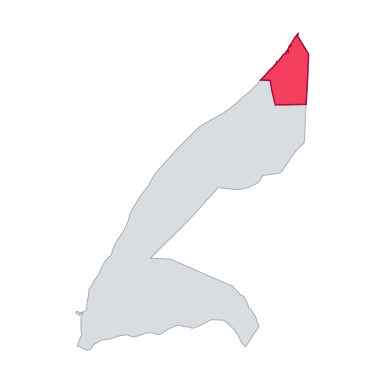 Somalia, with Jubbada Hoose highlighted, rotated 183°
{"feature_id": "SOM-2645", "entity_name": "Jubbada Hoose", "entity_type": "Region", "adm_level": 1, "iso_a3": "SOM", "parent_name": "Somalia", "parent_adm1": "", "projection": "robinson", "projection_center": [41.866, -0.188], "detail": "fine", "context": "in_parent", "style": "filled", "palette": "rose", "viewbox_px": 384, "rotation_deg": 183, "n_neighbors": 0, "source": "natural_earth", "source_scale": "10m", "svg_char_len": 4091}
<svg xmlns="http://www.w3.org/2000/svg" viewBox="0 0 384 384"><g transform="rotate(183 192 192)"><path d="M94.6,353.5L94.2,352.5L92.2,349.6L88.5,344.1L85.7,339.9L82.8,335.7L82.8,332.3L82.7,322.3L82.6,302.1L82.6,282.0L82.5,261.8L82.5,251.8L82.5,247.7L82.8,247.0L86.1,243.3L90.4,238.4L96.2,229.1L99.3,224.1L101.9,219.9L102.5,218.6L104.8,216.0L109.1,214.5L111.8,214.3L121.0,212.4L122.4,211.6L123.2,210.7L123.9,208.7L125.7,205.9L128.0,203.9L132.4,201.4L136.7,199.2L137.7,198.9L142.9,197.6L144.1,197.1L146.2,196.6L147.1,196.6L154.3,197.1L159.9,197.4L165.7,197.8L166.3,197.5L170.3,192.5L176.8,184.6L180.9,179.5L187.2,171.6L192.1,165.9L197.5,159.7L202.7,153.9L209.0,147.0L212.9,142.7L219.1,135.9L224.9,129.5L230.1,123.8L222.9,123.8L215.9,123.8L209.0,123.8L207.8,123.1L202.0,120.9L194.7,118.1L185.6,114.7L179.1,112.2L172.2,109.6L165.2,107.0L159.7,105.0L152.8,102.4L146.8,100.2L146.0,99.6L142.7,96.2L138.4,91.8L137.5,91.7L135.5,90.8L133.6,88.4L131.7,85.3L129.9,81.4L129.1,78.8L126.8,77.7L125.6,75.7L123.5,72.6L122.0,71.1L121.5,69.8L120.8,67.1L119.5,64.2L118.4,62.4L118.1,61.6L118.2,61.1L120.3,57.1L121.3,55.7L122.4,54.4L123.3,53.0L123.7,52.1L126.3,47.4L128.6,43.3L130.4,40.1L134.5,43.8L138.5,51.2L143.2,57.2L149.6,62.8L152.2,64.7L154.4,65.7L166.1,65.5L174.4,60.4L181.9,56.7L184.4,56.0L188.8,57.0L193.6,57.3L197.9,58.4L200.1,58.1L208.7,53.8L214.1,49.7L217.7,47.9L219.2,47.9L224.2,49.4L230.6,48.7L239.4,45.1L242.2,44.4L244.3,44.3L249.2,46.0L249.9,45.9L252.5,45.6L259.3,43.9L264.6,41.3L274.4,39.4L281.9,34.7L283.1,32.4L285.4,29.5L288.6,28.5L297.0,31.9L298.4,32.2L297.9,34.3L297.6,36.3L296.0,40.0L294.9,44.0L295.8,50.2L296.2,60.3L296.0,61.7L295.5,63.1L295.3,64.3L294.4,64.7L294.0,65.3L294.7,65.6L297.3,64.5L297.2,63.3L297.4,62.7L299.5,64.0L301.1,64.6L301.5,65.9L301.4,66.7L299.0,66.3L297.7,65.7L294.1,66.7L291.9,67.9L291.2,69.9L290.8,77.8L289.9,82.9L289.8,89.6L286.9,94.1L285.9,97.2L281.6,103.5L279.3,108.9L278.6,111.6L274.8,119.0L269.5,124.6L267.6,131.9L265.8,136.4L263.7,140.5L259.0,147.9L256.6,153.0L253.7,161.8L252.8,167.4L244.4,183.6L235.7,196.6L230.3,207.5L220.5,220.1L207.2,236.4L189.8,255.8L185.0,259.7L165.9,271.7L153.5,281.7L147.2,288.5L140.6,294.4L135.3,300.1L119.4,319.1L117.7,320.9L116.2,322.6L114.1,325.8L112.8,327.1L108.9,332.6L106.6,335.4L103.9,338.2L102.8,340.1L102.0,342.4L101.1,343.7L98.7,349.1L96.6,352.6L94.5,355.4L94.6,353.5Z" fill="#d9dde1" stroke="#a8b0b8" stroke-width="1"/><path d="M94.5,355.0L94.6,353.5L94.5,353.0L94.3,352.5L93.4,351.3L92.4,349.8L91.3,348.2L90.2,346.6L89.2,345.1L88.2,343.7L87.1,342.0L86.0,340.4L84.9,338.9L84.4,338.1L83.9,337.3L83.3,336.5L82.8,335.7L82.8,333.9L82.7,332.2L82.7,330.5L82.7,327.9L82.7,325.4L82.6,322.8L82.6,320.2L82.6,318.6L82.6,316.9L82.5,315.0L82.5,312.0L82.5,309.0L82.5,306.0L82.5,303.0L82.5,300.0L82.6,297.1L82.6,294.1L82.6,291.1L82.6,288.1L82.6,285.5L92.1,284.8L108.5,283.6L113.4,283.4L117.6,297.7L119.7,307.5L129.2,307.4L129.3,307.4L127.3,309.6L123.1,314.8L120.6,318.0L119.4,319.1L118.0,320.4L116.6,322.0L116.1,322.9L116.0,323.1L116.0,323.3L115.9,323.5L115.4,323.6L114.4,325.0L114.3,325.4L114.6,325.7L114.4,326.1L114.3,325.9L114.2,325.7L113.0,326.6L112.9,326.9L112.7,327.3L112.4,327.7L111.7,328.4L109.6,331.3L109.5,331.5L109.5,331.8L109.3,331.9L109.2,332.0L108.4,333.5L107.8,334.1L107.5,334.4L107.2,334.6L106.8,334.7L106.1,334.6L105.8,334.7L105.6,335.0L106.0,335.1L106.0,335.5L105.8,336.1L105.7,336.3L105.4,336.5L105.1,336.9L104.9,337.4L104.8,337.9L104.7,338.0L104.0,338.7L103.7,338.8L103.6,338.6L103.6,337.6L103.6,336.7L103.5,336.3L103.3,336.3L103.4,336.7L103.3,336.9L103.2,337.2L103.2,337.4L103.2,337.7L103.3,338.1L103.3,338.3L103.4,338.6L103.5,338.8L103.8,339.1L103.7,339.4L103.5,339.9L103.5,340.1L103.3,340.5L102.8,341.0L102.7,341.1L102.7,341.4L102.6,341.7L102.5,341.9L101.7,343.0L101.6,343.3L101.6,343.5L101.8,343.5L102.0,343.3L102.2,343.2L101.9,343.8L101.4,343.9L101.0,343.5L100.8,342.8L100.7,342.8L100.7,343.3L101.0,344.2L101.0,344.6L100.9,345.1L98.7,349.1L98.2,349.8L97.8,350.5L97.0,352.3L96.6,352.7L96.1,353.0L95.4,354.4L94.9,354.8L95.1,354.8L94.5,355.5L94.5,355.0Z" fill="#f43f5e" stroke="#9f1239" stroke-width="1.5"/></g></svg>